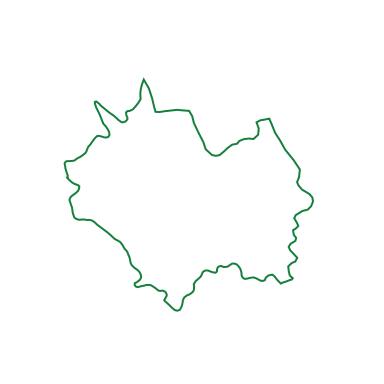 outline of Krasnapolle, Mogilev, Belarus, rotated 225°
{"feature_id": "67162791B52564132020414", "entity_name": "Krasnapolle", "entity_type": "district", "adm_level": 2, "iso_a3": "BLR", "parent_name": "Belarus", "parent_adm1": "Mogilev", "projection": "orthographic", "projection_center": [31.401, 53.272], "detail": "fine", "context": "isolated", "style": "outline", "palette": "green", "viewbox_px": 384, "rotation_deg": 225, "n_neighbors": 0, "source": "geoboundaries", "source_scale": "gbopen_adm2", "svg_char_len": 3644}
<svg xmlns="http://www.w3.org/2000/svg" viewBox="0 0 384 384"><g transform="rotate(225 192 192)"><path d="M189.2,298.5L192.2,294.0L194.3,291.2L195.6,286.9L189.7,284.1L185.7,279.2L186.0,273.0L189.7,269.9L192.8,265.9L194.6,261.6L194.3,257.9L197.1,253.8L198.0,247.7L198.0,244.0L198.6,237.5L200.8,234.4L203.9,232.3L212.5,231.9L219.3,235.3L228.9,238.4L239.4,242.1L245.5,245.8L251.4,247.3L257.3,242.3L260.6,239.6L264.6,234.6L268.3,230.0L271.4,225.7L274.5,222.9L278.8,225.3L286.2,229.9L295.8,234.8L305.6,237.4L303.3,232.4L300.8,228.3L297.9,224.8L294.1,221.4L293.1,217.9L292.5,213.2L292.2,208.8L293.4,205.3L294.9,203.4L294.9,201.6L292.6,199.8L290.4,199.0L289.0,197.6L288.9,194.9L290.1,192.4L291.5,191.5L294.8,190.9L297.3,190.9L301.8,190.6L305.1,189.9L308.9,189.4L313.2,189.0L317.2,188.6L320.2,188.8L322.7,188.4L323.7,188.3L324.4,187.1L323.4,186.0L322.0,185.3L319.8,184.1L317.0,183.2L311.7,181.4L309.3,180.3L306.1,178.9L302.9,177.6L299.7,177.5L295.9,176.8L292.8,175.7L290.6,173.8L290.2,171.6L291.4,169.6L292.8,168.5L295.9,166.9L297.9,165.6L298.7,164.1L298.7,161.0L298.3,158.4L297.9,156.0L297.4,153.4L297.4,151.0L296.5,148.4L295.3,145.9L294.9,144.0L295.3,140.9L295.8,138.0L296.8,135.0L297.4,131.1L299.1,128.7L300.5,127.2L302.3,125.3L302.7,124.2L302.4,122.3L301.4,121.5L299.4,120.2L298.4,119.3L296.5,118.3L294.7,117.3L291.8,115.9L290.5,114.9L290.6,113.9L290.1,113.8L286.7,113.7L283.1,114.0L280.4,114.8L278.5,115.8L277.0,116.3L276.0,116.5L274.5,115.0L273.4,112.5L273.4,109.3L273.8,106.8L274.3,103.4L273.9,101.3L273.1,100.0L272.9,99.6L271.3,98.9L269.5,97.9L268.3,97.3L265.9,96.2L263.9,94.7L262.1,93.3L260.9,92.6L257.3,90.8L254.8,91.1L252.3,92.4L250.9,94.1L249.0,96.1L246.0,98.4L244.8,99.8L242.2,101.3L238.6,101.8L236.2,101.8L233.3,102.2L229.2,102.8L222.9,103.7L218.4,104.0L213.8,104.1L211.5,104.7L210.1,105.2L207.7,105.8L205.8,105.7L203.4,105.3L201.5,104.7L199.3,104.2L198.1,104.2L195.4,103.9L192.5,102.6L190.9,102.0L188.6,100.8L186.4,99.2L184.7,98.2L182.9,97.7L180.6,97.6L179.0,97.7L176.2,98.2L173.4,98.4L170.1,97.5L168.3,96.3L167.3,95.0L166.8,93.3L166.9,91.5L167.4,88.6L168.0,87.1L166.7,85.6L164.7,85.5L163.1,86.3L162.2,87.9L161.5,89.2L159.3,92.5L158.4,94.1L156.8,95.8L155.0,97.1L152.7,97.6L149.7,98.2L146.1,98.5L144.5,99.6L143.1,101.5L140.2,102.6L137.3,101.6L136.5,100.6L135.6,97.4L135.1,95.8L133.5,95.7L130.9,95.9L127.0,96.0L123.9,96.0L120.8,96.3L118.5,97.6L117.3,100.0L118.0,102.6L118.8,104.6L120.0,106.5L121.9,109.1L122.9,111.8L122.5,115.2L121.4,117.7L121.0,119.7L120.8,122.0L121.5,124.2L123.7,126.7L125.6,128.1L126.4,131.6L126.1,135.0L126.0,138.2L126.6,140.2L127.7,142.8L127.6,144.4L126.9,146.1L125.3,147.7L122.8,148.8L120.9,149.7L118.5,151.3L118.1,152.5L118.4,153.8L119.7,155.1L120.5,157.0L120.1,158.9L119.2,160.2L116.5,161.4L114.7,163.4L114.0,164.7L113.4,167.9L113.0,169.8L111.2,171.5L109.2,172.4L107.2,172.4L105.8,172.3L104.1,172.0L102.4,171.3L100.6,170.3L99.3,169.4L98.2,168.3L97.0,167.6L95.0,167.3L93.5,167.8L92.7,168.5L91.6,170.0L90.9,171.2L90.0,172.6L88.8,174.3L87.9,175.2L85.2,176.5L83.0,177.1L80.6,177.9L78.8,179.5L78.2,181.3L79.2,183.5L79.0,186.9L76.9,190.3L74.3,190.7L69.3,190.1L66.1,190.1L64.4,190.1L63.9,192.0L62.3,194.9L60.9,198.1L59.6,200.8L59.8,202.3L63.8,202.1L67.8,204.6L71.4,207.5L71.2,212.5L69.8,215.8L71.1,219.9L75.8,220.1L81.2,220.2L84.8,221.5L85.7,225.1L84.3,230.5L85.9,233.2L89.7,233.7L93.5,236.4L92.8,239.5L92.8,243.1L96.0,244.4L101.2,245.8L102.3,249.0L100.5,256.7L97.7,261.3L97.7,266.2L99.7,270.8L102.9,273.2L106.4,273.5L107.5,273.6L115.9,271.5L121.2,271.9L124.7,273.3L126.8,278.2L131.7,284.2L142.6,286.4L155.9,287.8L165.8,290.6L175.3,292.7L183.7,296.3L189.2,298.5Z" fill="none" stroke="#15803d" stroke-width="2"/></g></svg>